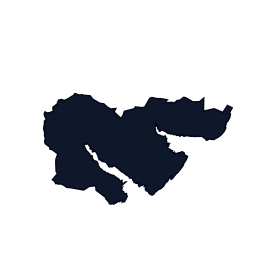 outline of Vestnes nor, Møre og Romsdal, Norway, rotated 138°
{"feature_id": "86288312B24407924476588", "entity_name": "Vestnes nor", "entity_type": "district", "adm_level": 2, "iso_a3": "NOR", "parent_name": "Norway", "parent_adm1": "Møre og Romsdal", "projection": "orthographic", "projection_center": [6.983, 62.551], "detail": "fine", "context": "isolated", "style": "filled", "palette": "ink", "viewbox_px": 256, "rotation_deg": 138, "n_neighbors": 0, "source": "geoboundaries", "source_scale": "gbopen_adm2", "svg_char_len": 5765}
<svg xmlns="http://www.w3.org/2000/svg" viewBox="0 0 256 256"><g transform="rotate(138 128 128)"><path d="M192.5,84.2L191.3,82.7L190.0,82.1L189.8,81.5L189.5,81.5L189.6,81.1L186.2,80.3L186.3,80.6L184.9,80.5L184.5,80.0L183.5,80.2L183.7,79.3L183.2,79.2L183.2,78.9L180.8,78.6L180.7,77.8L181.5,77.1L181.1,77.1L181.1,76.3L179.9,75.7L179.9,76.0L177.6,76.3L174.4,77.7L173.7,79.5L173.2,80.2L173.8,80.3L173.8,80.8L174.3,81.0L174.5,82.6L174.0,83.3L174.0,84.1L174.4,84.7L174.4,85.9L173.9,86.7L173.4,86.8L173.5,87.1L172.7,87.3L172.5,87.9L172.2,87.9L172.5,88.1L172.2,88.7L171.3,89.4L170.1,89.5L165.9,89.4L166.3,89.7L170.4,89.7L169.3,90.5L169.3,91.3L169.0,91.3L167.6,93.2L169.3,93.6L169.5,95.2L169.1,95.6L169.4,96.1L169.1,96.7L169.3,97.6L170.2,98.0L169.8,99.5L170.4,101.0L170.2,101.8L171.3,103.3L171.4,103.9L172.0,104.4L172.3,105.5L172.9,106.0L173.1,108.0L174.0,108.6L174.3,109.4L174.3,111.1L174.6,111.1L175.3,112.5L175.2,113.5L175.5,113.5L175.3,115.1L175.7,115.8L175.7,117.6L175.3,119.4L175.3,120.9L174.1,121.5L173.8,123.1L173.8,124.3L174.2,125.2L175.0,126.0L175.1,127.7L174.5,130.0L173.3,130.9L174.0,132.5L174.3,132.5L174.4,133.5L174.3,134.3L173.7,134.7L174.1,136.2L173.9,136.6L174.0,139.5L173.4,141.0L173.2,143.2L172.9,143.2L173.0,143.5L172.5,144.2L172.5,145.0L172.1,145.0L172.1,145.5L171.6,144.7L170.8,144.6L171.0,145.1L170.6,145.1L170.6,144.6L169.8,144.3L169.8,143.8L168.6,143.8L168.6,143.2L168.3,143.2L169.0,138.4L170.0,138.0L169.7,137.0L169.1,137.1L168.9,135.4L170.2,134.3L170.1,133.7L168.6,133.5L168.6,133.2L167.7,132.9L168.5,128.4L168.8,128.1L168.8,127.6L169.5,125.8L169.8,125.8L169.9,124.8L170.2,124.1L170.6,123.9L169.5,122.5L169.9,122.5L169.8,121.3L169.3,121.3L169.1,119.7L168.6,119.7L167.3,117.1L167.3,116.3L167.6,115.4L167.5,115.0L167.0,115.0L166.9,114.0L167.6,113.8L168.0,112.5L167.9,111.6L167.4,111.7L165.9,109.7L163.9,109.6L163.1,108.2L162.3,103.7L162.4,102.9L161.9,102.3L162.1,101.8L161.8,101.9L161.9,99.5L161.6,99.5L161.3,98.3L160.7,94.1L160.0,93.3L160.1,92.1L159.8,91.2L160.1,90.4L159.7,90.2L160.0,89.4L158.2,87.7L158.3,87.1L159.4,85.8L159.4,83.8L159.8,83.4L158.5,82.7L158.3,81.5L158.9,81.4L158.5,81.0L158.7,80.8L158.5,81.0L158.1,80.5L156.6,80.9L156.4,80.6L157.8,79.2L157.9,78.6L158.6,78.2L158.8,76.9L158.1,76.8L158.1,76.4L157.9,76.8L156.9,76.6L155.6,75.8L154.6,76.1L153.9,74.8L154.4,73.9L154.0,73.7L154.6,73.6L154.0,73.1L154.3,72.9L154.1,72.8L154.3,72.8L154.1,72.6L154.1,72.1L155.0,71.0L155.4,71.1L155.4,70.7L155.8,70.8L155.7,70.5L156.4,69.9L156.5,69.4L155.5,67.5L155.5,66.6L155.9,66.3L156.0,64.6L155.3,62.5L154.9,62.0L153.3,61.6L150.3,62.3L149.4,61.8L147.4,62.1L144.1,61.0L140.5,61.0L136.9,62.2L135.3,62.4L135.6,62.1L134.6,62.0L133.2,62.3L133.2,62.6L134.1,62.7L127.1,63.4L130.1,61.5L130.3,61.0L129.2,60.7L123.1,61.7L120.4,61.6L112.6,63.1L111.3,63.6L110.9,64.2L105.9,65.5L102.9,67.0L103.0,68.2L103.7,68.9L103.8,69.8L103.6,69.8L103.9,69.9L103.7,70.4L103.5,70.2L103.8,70.5L103.0,71.8L103.1,72.7L103.4,73.0L103.8,74.3L105.5,74.7L107.0,75.6L107.0,75.3L109.0,76.5L110.0,77.4L109.9,78.0L110.1,77.5L110.3,77.7L110.1,78.1L110.4,77.9L110.8,78.8L110.5,79.1L111.6,79.7L111.7,80.0L111.2,80.9L110.5,80.9L110.2,81.4L111.1,82.4L111.1,82.7L110.8,83.1L110.8,83.6L111.8,85.2L111.6,85.8L111.8,85.6L111.8,86.0L112.2,86.8L111.7,87.4L110.3,87.4L110.4,87.7L108.1,88.5L108.4,88.6L108.4,88.9L108.1,89.0L108.2,89.8L109.8,90.1L109.9,90.6L108.7,91.6L107.5,93.6L107.8,93.9L107.0,94.0L107.6,94.4L106.4,95.9L106.3,95.6L105.6,97.1L107.9,98.1L107.9,98.9L108.4,99.4L109.2,101.5L110.2,102.7L110.4,103.7L110.3,103.9L110.4,104.7L109.3,108.2L108.8,108.3L107.7,110.3L104.3,113.2L104.0,113.0L104.2,111.3L105.8,110.4L104.9,109.4L105.2,108.7L106.1,108.0L106.3,105.7L106.8,104.9L106.7,104.4L105.9,104.1L105.4,104.4L103.6,103.4L102.8,100.7L102.1,99.4L102.2,98.7L102.0,97.6L101.6,96.9L101.1,96.9L100.4,95.0L99.2,94.7L98.8,92.9L97.2,91.6L97.1,91.1L96.8,91.1L96.7,90.1L96.3,89.5L94.4,88.2L94.2,87.6L94.9,87.6L94.9,87.1L94.2,87.1L94.1,87.6L93.4,87.4L92.5,86.2L92.2,86.2L92.2,85.0L91.8,85.0L91.9,84.7L91.5,84.0L90.5,84.1L90.1,83.4L89.3,83.1L89.1,82.6L88.8,82.6L88.4,81.7L88.0,81.7L87.6,80.7L87.3,80.7L87.2,80.2L86.8,80.2L86.7,79.9L86.4,79.9L86.4,79.4L84.7,78.0L84.7,77.5L81.0,74.6L80.3,73.7L79.1,73.2L79.2,72.9L78.8,72.7L78.2,71.3L78.1,69.6L77.4,67.8L77.5,67.3L77.3,67.0L77.9,67.0L77.8,66.2L74.6,65.3L73.7,63.8L73.4,63.8L72.9,63.0L72.1,62.9L72.1,62.6L71.7,62.6L71.7,62.1L71.2,62.1L71.2,61.8L68.9,61.7L68.9,61.3L66.7,60.8L62.9,60.6L58.8,61.2L55.3,62.6L55.0,63.4L54.5,63.8L54.5,64.8L52.7,65.0L52.7,65.5L52.4,65.5L52.2,66.0L48.5,66.5L45.1,67.9L42.5,69.9L42.9,70.9L40.9,72.0L37.1,73.2L39.0,78.2L47.1,76.1L51.1,84.6L60.7,90.0L51.8,99.5L57.1,99.6L62.4,104.0L64.7,111.4L66.0,113.5L70.2,113.8L72.6,114.9L73.2,115.6L74.9,115.4L78.3,116.4L78.1,117.5L78.3,117.8L79.5,118.5L83.0,121.8L81.6,122.6L80.0,122.7L83.8,127.6L86.9,130.5L89.9,134.7L92.1,135.4L101.5,132.3L104.0,133.7L108.5,138.8L110.2,137.9L119.5,142.8L123.9,140.3L126.9,140.2L127.7,149.3L124.1,150.6L128.3,153.8L128.8,156.0L129.7,156.7L129.4,157.2L129.8,162.0L132.5,165.4L134.9,172.8L134.6,177.2L138.8,181.7L140.0,183.6L141.9,184.7L144.4,189.1L146.3,188.6L153.2,189.9L157.1,191.1L158.2,193.5L160.9,195.1L165.0,193.2L169.7,193.7L171.0,192.4L172.1,190.3L176.6,192.1L178.0,193.3L178.7,194.6L178.8,195.4L180.6,194.7L181.7,193.2L182.4,191.0L182.6,189.2L185.5,188.9L187.4,186.9L190.9,184.2L193.1,180.3L194.1,179.0L195.1,178.3L196.1,175.8L198.7,173.9L199.8,172.3L199.9,171.5L198.9,166.2L200.1,164.5L198.9,162.9L197.4,155.7L202.3,153.1L204.3,151.2L210.4,143.9L210.9,141.3L218.8,140.1L218.4,138.9L218.3,137.4L218.9,135.0L217.7,134.1L217.3,132.9L215.4,131.5L214.1,128.9L213.2,124.8L210.8,122.4L202.4,111.6L195.9,110.6L190.6,106.7L193.3,103.1L190.9,90.7L191.8,90.3L191.8,86.4L191.6,86.4L191.7,85.7L192.5,84.2Z" fill="#0f172a" stroke="#020617" stroke-width="1.5"/></g></svg>